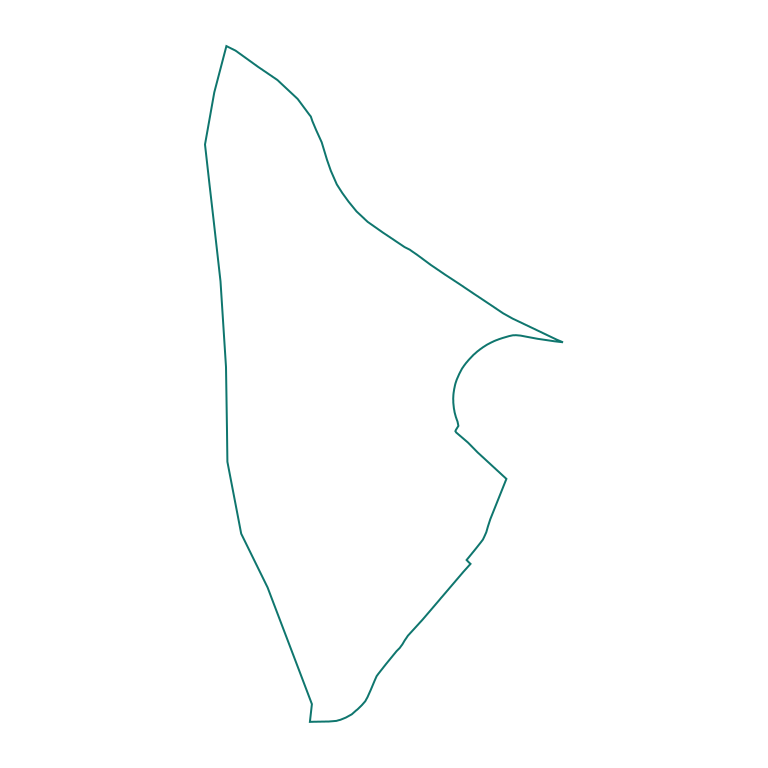 Bulaq, Al Qahirah, Egypt
{"feature_id": "37247803B29547542469056", "entity_name": "Bulaq", "entity_type": "district", "adm_level": 2, "iso_a3": "EGY", "parent_name": "Egypt", "parent_adm1": "Al Qahirah", "projection": "natural_earth1", "projection_center": [31.238, 30.062], "detail": "fine", "context": "isolated", "style": "outline", "palette": "teal", "viewbox_px": 768, "rotation_deg": 0, "n_neighbors": 0, "source": "geoboundaries", "source_scale": "gbopen_adm2", "svg_char_len": 2245}
<svg xmlns="http://www.w3.org/2000/svg" viewBox="0 0 768 768"><path d="M563.0,342.3L556.6,339.6L512.6,318.6L503.1,313.3L487.3,302.7L473.9,293.8L459.2,283.9L445.3,274.8L430.6,264.8L417.1,254.8L412.3,251.5L410.9,250.5L409.8,249.7L404.6,247.1L382.8,232.5L367.7,221.9L356.5,211.4L348.6,201.7L342.3,193.0L336.8,184.4L330.8,170.7L327.0,159.8L321.7,142.3L316.2,130.2L312.4,121.2L310.8,116.5L309.5,114.9L308.3,113.3L297.7,99.0L277.4,80.0L258.0,66.8L235.5,50.6L226.4,46.1L214.3,92.3L205.0,144.5L209.5,184.5L213.5,219.2L220.5,281.3L226.0,367.0L227.0,430.9L227.4,461.8L235.9,506.0L241.2,533.7L267.6,587.5L273.9,604.1L299.2,670.6L311.9,704.1L309.9,721.9L310.7,721.9L311.4,721.8L329.0,721.5L336.4,720.9L338.4,720.3L340.4,719.8L345.8,717.6L351.8,714.3L356.3,710.3L357.0,709.8L357.7,709.2L361.8,705.2L365.3,701.2L366.3,699.3L367.4,697.4L370.8,689.8L374.7,680.5L376.6,676.2L378.5,673.6L385.9,664.2L396.6,651.1L399.8,647.9L401.0,646.2L402.3,644.5L404.0,641.6L404.7,640.4L406.3,638.1L407.9,635.7L422.6,619.6L439.7,599.6L441.0,598.0L441.9,597.0L463.4,571.8L470.5,563.9L468.5,562.0L466.6,560.0L475.8,548.7L480.7,542.5L482.9,539.6L484.3,536.7L486.3,532.2L487.1,529.4L487.9,526.6L490.3,519.2L506.4,478.9L477.6,452.4L468.0,442.6L456.2,432.5L455.4,431.2L455.9,429.9L457.1,428.0L458.4,425.9L457.5,421.5L456.8,419.7L456.2,417.9L455.9,417.1L455.6,416.0L455.1,414.2L454.6,412.3L454.3,410.4L453.9,408.4L453.7,406.5L453.5,404.6L453.3,402.6L453.3,400.7L453.2,398.7L453.3,396.8L453.4,394.9L453.6,392.9L453.9,391.0L454.2,389.0L454.6,387.2L455.0,385.2L455.5,383.3L456.1,381.5L456.7,379.7L459.3,373.8L461.8,369.0L462.5,367.9L463.3,366.8L464.0,365.7L464.8,364.7L465.6,363.6L466.4,362.6L467.3,361.6L468.1,360.6L469.0,359.6L469.9,358.6L470.8,357.7L471.7,356.7L472.6,355.8L473.5,354.8L474.5,354.0L475.5,353.1L476.4,352.3L477.4,351.4L478.5,350.6L479.5,349.8L480.5,349.0L481.6,348.3L482.6,347.5L483.7,346.8L484.8,346.1L485.9,345.4L487.0,344.7L488.1,344.1L489.3,343.5L490.4,342.9L491.6,342.3L492.7,341.8L493.9,341.2L495.1,340.7L496.3,340.2L497.5,339.8L498.7,339.3L499.9,338.9L501.1,338.5L502.6,338.0L509.1,336.1L512.8,335.3L516.1,335.2L520.6,335.6L523.2,336.1L525.8,336.6L537.6,338.8L546.5,340.1L554.6,341.3L561.6,342.1L563.0,342.3Z" fill="none" stroke="#0f766e" stroke-width="2"/></svg>